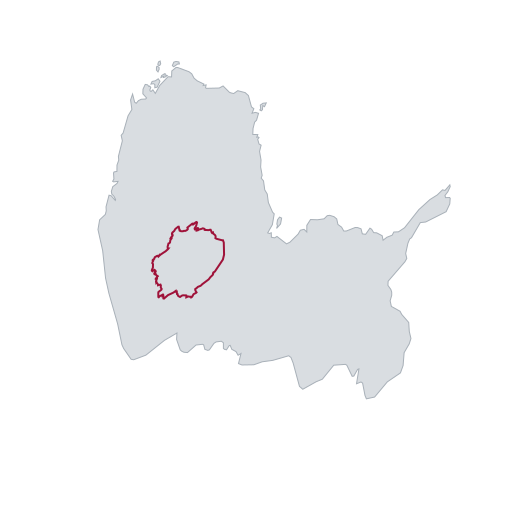 where Northern Savonia sits in Finland, rotated 115°
{"feature_id": "FIN-3178", "entity_name": "Northern Savonia", "entity_type": "Province", "adm_level": 1, "iso_a3": "FIN", "parent_name": "Finland", "parent_adm1": "", "projection": "natural_earth1", "projection_center": [27.676, 63.147], "detail": "fine", "context": "in_parent", "style": "outline", "palette": "rose", "viewbox_px": 512, "rotation_deg": 115, "n_neighbors": 0, "source": "natural_earth", "source_scale": "10m", "svg_char_len": 7411}
<svg xmlns="http://www.w3.org/2000/svg" viewBox="0 0 512 512"><g transform="rotate(115 256 256)"><path d="M199.9,222.0L197.2,215.6L193.5,210.0L189.4,208.5L188.0,206.4L187.4,201.9L188.3,198.5L192.8,195.1L193.7,190.6L196.3,187.0L195.1,184.6L188.2,178.1L187.3,175.9L187.0,172.3L191.0,169.0L190.0,165.8L182.6,164.5L182.9,162.5L185.1,159.2L184.0,156.4L184.3,150.2L188.0,147.5L183.7,145.3L179.6,141.4L176.0,141.2L173.9,137.1L167.6,133.3L145.1,128.0L131.3,122.2L124.0,117.5L117.2,114.9L116.7,112.4L109.6,110.4L111.1,109.3L116.7,109.3L121.3,110.3L123.0,108.9L121.2,105.3L121.6,104.4L126.9,102.4L135.5,102.4L153.5,116.6L156.3,121.2L173.7,122.8L175.6,123.9L180.3,123.7L190.5,121.4L194.5,118.3L198.3,118.6L223.0,125.6L226.9,124.0L229.3,119.7L231.3,117.8L234.2,116.4L239.9,115.5L244.5,112.0L245.2,102.1L247.4,99.2L251.7,89.5L259.6,85.2L265.3,80.7L270.9,80.0L281.0,80.9L293.1,76.4L300.9,75.7L314.6,83.8L333.7,88.9L338.8,95.6L336.3,98.3L326.1,105.7L325.8,107.6L329.3,110.9L314.8,115.0L315.8,116.0L323.5,116.6L324.4,118.0L316.6,127.5L316.4,129.1L322.1,139.4L339.6,143.8L344.5,148.3L357.0,157.3L355.8,161.5L337.3,177.1L333.2,181.4L332.6,184.2L343.5,196.7L349.2,205.6L355.5,212.0L360.7,222.7L360.9,226.4L350.7,228.4L353.5,230.3L351.1,233.7L350.8,238.5L347.9,241.6L348.5,242.4L353.5,243.1L353.9,245.2L353.5,246.5L348.4,248.9L347.9,251.4L350.7,255.8L352.9,257.2L360.8,258.6L361.9,259.8L362.2,262.9L358.6,265.9L358.6,267.1L362.0,272.7L372.5,277.3L373.7,280.7L373.7,283.0L373.1,285.0L365.2,292.7L359.2,295.1L371.1,303.3L392.4,313.9L401.7,323.0L402.4,325.5L395.8,336.8L393.1,340.0L376.0,352.7L351.8,373.7L339.6,383.0L316.0,397.2L298.8,410.4L289.3,413.0L282.0,410.1L278.4,410.8L274.8,412.7L263.0,414.9L262.6,412.7L265.1,407.0L264.1,407.1L262.0,409.8L260.8,412.9L258.6,414.4L253.7,415.1L248.9,412.6L246.7,412.6L249.0,416.4L248.9,417.5L246.3,417.3L241.0,420.2L239.8,420.2L238.1,417.8L232.4,420.4L227.1,420.9L223.9,422.8L208.1,425.8L203.6,429.2L200.7,428.4L183.0,431.2L175.7,430.4L167.6,435.6L161.4,436.3L167.9,431.0L168.2,429.1L164.9,428.2L162.5,426.3L160.3,422.3L159.0,422.0L156.8,427.1L152.6,428.9L147.3,428.9L146.7,426.6L147.7,424.6L146.9,424.2L147.7,422.6L150.4,422.4L151.2,421.6L151.2,420.6L149.0,419.7L151.2,416.0L142.0,415.3L130.7,411.5L129.4,408.2L123.9,410.5L119.0,408.2L118.3,406.7L117.3,394.7L118.0,391.3L121.0,387.3L122.1,383.3L122.2,375.9L123.8,375.9L122.0,373.5L124.7,372.9L125.1,372.0L119.3,360.3L115.8,357.7L118.9,349.2L118.7,347.3L118.2,344.9L113.9,342.4L112.5,334.9L113.8,330.7L122.8,323.1L123.4,320.2L128.3,319.9L126.1,317.3L125.6,314.0L132.7,312.9L135.3,313.8L141.6,312.6L147.2,310.3L145.2,305.7L148.0,305.5L147.2,304.5L147.4,303.3L149.5,303.8L153.2,300.6L153.4,298.2L159.7,297.0L166.9,292.0L173.4,289.4L180.3,284.5L183.2,284.2L184.8,280.9L192.4,276.0L195.1,272.0L202.3,267.4L209.3,259.5L210.1,257.3L220.7,254.4L230.1,255.2L229.9,253.3L228.5,252.0L232.5,250.0L231.7,246.8L229.4,245.3L232.1,233.5L229.2,231.1L218.4,227.1L213.9,226.7L211.5,223.7L212.8,220.1L206.7,222.9L199.9,222.0ZM138.2,416.9L144.7,416.9L146.3,418.8L143.4,420.1L143.1,421.6L144.6,423.9L141.7,423.9L139.8,421.3L136.7,419.5L138.2,416.9ZM218.2,250.6L214.1,251.8L210.8,251.1L210.8,248.8L216.6,247.3L222.3,249.0L219.4,249.4L218.2,250.6ZM117.1,311.4L116.8,313.4L120.7,312.0L122.2,312.6L122.0,314.3L120.7,313.9L117.4,315.9L114.6,314.2L112.9,311.4L117.1,311.4ZM119.3,410.6L118.8,412.3L115.0,412.4L113.5,410.7L112.7,407.9L114.3,406.6L115.2,408.2L119.3,410.6ZM134.4,417.6L132.4,417.8L129.5,416.0L129.2,415.3L130.3,414.9L129.9,412.8L132.1,413.9L133.3,415.3L132.1,415.6L134.4,417.6ZM129.6,424.8L126.7,426.1L125.7,425.8L126.0,423.6L127.7,422.7L130.6,422.6L129.6,424.8ZM123.8,426.0L121.3,426.4L119.8,425.3L122.1,423.6L124.0,423.8L124.4,424.8L123.8,426.0Z" fill="#d9dde1" stroke="#a8b0b8" stroke-width="1"/><path d="M273.2,284.5L287.4,286.7L288.0,287.0L288.7,287.6L289.0,287.7L289.4,287.7L290.2,287.6L290.5,287.4L290.4,287.3L291.1,287.2L291.9,287.4L294.4,288.4L297.2,289.0L304.5,292.9L305.5,293.2L306.5,293.7L308.5,295.6L310.5,296.4L311.0,296.8L311.5,297.1L312.2,296.9L312.7,296.5L313.3,295.8L313.7,295.1L314.1,294.5L315.0,294.9L316.6,296.2L317.2,296.5L319.4,296.6L320.2,296.8L320.7,297.0L321.0,297.3L320.9,297.4L320.5,297.9L321.0,299.1L321.2,300.1L321.8,300.9L322.5,301.3L322.9,301.7L322.6,301.8L322.0,301.9L321.4,302.1L321.2,302.4L321.3,303.0L321.6,303.4L321.9,304.2L322.2,305.0L322.6,305.7L323.1,306.3L323.9,306.8L325.1,307.4L325.3,307.9L325.2,308.2L325.2,308.5L325.1,309.4L325.0,309.8L324.7,310.2L323.7,311.0L323.9,311.4L323.9,311.5L322.4,312.4L322.2,312.5L322.6,312.7L322.5,312.9L321.4,313.9L322.1,314.3L322.9,314.7L324.2,315.5L328.6,319.2L333.5,321.4L333.6,322.0L333.3,322.2L331.7,322.8L331.4,323.0L331.2,323.3L331.3,323.4L331.8,323.7L331.9,323.8L331.5,324.0L331.0,324.0L330.6,323.8L330.4,323.7L330.2,323.9L330.4,324.3L330.9,324.6L331.7,325.0L332.4,325.8L333.2,326.3L334.5,326.7L334.4,327.2L330.9,328.9L330.0,329.2L328.8,328.7L327.6,328.0L326.4,327.5L325.7,327.6L325.0,328.7L324.5,329.2L323.0,329.7L322.3,330.5L323.9,332.4L323.4,332.6L323.2,332.8L322.9,333.2L322.6,333.8L322.4,334.3L322.0,334.8L321.6,335.2L321.4,335.4L321.3,335.5L321.9,335.5L321.5,335.8L320.9,336.0L318.1,336.2L317.7,336.4L319.2,336.7L319.2,337.2L318.8,337.3L318.6,337.1L316.4,336.8L315.8,336.5L315.7,336.7L315.8,336.8L315.6,338.2L315.3,338.7L315.0,338.9L314.7,339.3L315.2,339.8L315.4,340.2L315.1,340.7L314.5,340.8L312.5,340.3L312.2,340.5L312.3,340.7L312.8,340.9L312.8,341.1L312.8,341.3L312.6,341.4L312.4,341.4L312.0,341.4L311.6,341.6L311.5,341.8L311.5,342.1L311.8,342.1L312.1,342.4L312.3,342.7L312.4,343.0L312.6,343.3L313.4,343.6L313.5,343.6L313.4,344.1L313.0,344.4L312.0,344.5L311.0,344.5L310.2,344.5L306.9,345.9L306.5,346.5L306.3,347.0L305.4,347.2L303.6,347.1L303.2,347.3L303.8,347.3L303.7,347.7L303.5,347.9L302.9,347.8L302.3,347.4L301.6,347.0L301.1,347.1L300.1,347.2L299.9,347.2L297.8,345.8L297.2,345.0L297.8,344.2L297.0,343.9L295.7,343.7L295.8,343.5L295.8,343.4L295.1,343.1L291.6,341.0L290.6,340.3L290.1,340.1L289.3,339.6L288.8,339.5L288.7,339.5L288.1,339.1L287.3,338.8L287.1,338.7L286.2,338.5L286.5,339.1L286.3,339.3L286.1,339.4L285.0,340.0L284.3,340.2L283.6,340.2L282.1,340.6L281.6,340.6L281.5,340.4L280.9,339.9L280.5,339.8L279.9,339.7L278.4,340.2L277.4,340.3L276.1,340.0L275.7,339.9L275.4,340.0L275.4,340.6L275.6,340.9L275.1,340.9L273.2,340.2L272.6,340.2L272.1,340.5L271.8,340.8L271.5,341.1L271.9,341.2L271.5,341.5L271.0,341.7L270.1,341.7L268.5,341.0L267.8,340.7L265.9,340.6L265.1,340.3L262.3,338.9L262.1,338.4L264.9,336.3L265.3,335.9L265.2,335.7L264.9,335.7L265.2,335.3L265.3,334.8L264.9,333.6L264.3,332.5L263.7,332.0L263.4,331.3L263.2,330.8L262.8,330.4L261.9,329.7L261.0,329.3L260.3,329.2L259.7,329.8L259.2,330.2L258.8,330.0L253.6,327.4L253.3,326.9L253.9,326.4L254.0,326.3L253.4,325.9L251.6,325.2L250.7,324.7L250.3,324.2L250.6,323.6L253.9,323.0L255.5,323.1L256.6,323.3L256.9,323.3L257.5,322.9L257.8,322.5L257.7,322.0L257.2,322.0L256.4,321.6L255.7,321.1L255.4,320.8L255.3,320.2L255.6,320.0L256.3,319.9L257.6,320.0L257.2,319.5L256.4,319.1L255.4,318.0L254.5,316.9L253.4,315.9L253.2,314.8L253.2,314.1L253.4,313.8L254.0,313.6L254.0,313.2L253.5,312.2L252.7,310.1L252.0,309.1L251.6,308.8L251.4,308.2L251.7,307.8L253.5,306.0L253.7,305.5L253.1,305.2L252.8,305.0L253.7,304.2L253.9,303.8L254.0,303.4L254.3,302.1L254.6,301.6L255.1,301.0L255.8,300.7L257.0,300.3L257.1,299.1L256.1,293.5L255.7,292.6L257.4,290.9L268.3,285.5L273.2,284.5Z" fill="none" stroke="#9f1239" stroke-width="2"/></g></svg>